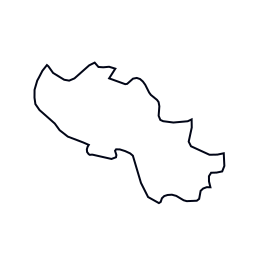 SVG path tracing the border of Lecco, rotated 302°
{"feature_id": "ITA-5453", "entity_name": "Lecco", "entity_type": "Province", "adm_level": 1, "iso_a3": "ITA", "parent_name": "Italy", "parent_adm1": "", "projection": "robinson", "projection_center": [9.388, 45.907], "detail": "fine", "context": "isolated", "style": "outline", "palette": "ink", "viewbox_px": 256, "rotation_deg": 302, "n_neighbors": 0, "source": "natural_earth", "source_scale": "10m", "svg_char_len": 1192}
<svg xmlns="http://www.w3.org/2000/svg" viewBox="0 0 256 256"><g transform="rotate(302 128 128)"><path d="M171.6,85.8L160.1,85.7L163.7,102.4L165.0,103.9L172.5,106.1L175.1,108.9L175.9,112.3L175.3,116.0L173.8,119.7L169.3,127.1L168.2,129.8L167.2,137.7L166.2,140.2L163.0,143.1L154.6,147.5L152.0,151.1L152.4,154.2L156.7,163.6L165.4,175.1L169.0,177.4L162.2,181.8L148.6,186.7L145.9,191.1L148.5,211.3L152.8,217.9L157.3,222.6L146.9,229.8L141.1,230.9L137.1,226.7L134.1,222.2L130.0,222.2L125.6,225.0L121.4,229.3L119.5,226.1L116.5,223.8L113.2,222.9L105.6,225.9L102.8,224.9L97.1,216.6L96.2,213.5L96.0,204.9L94.7,200.6L92.2,197.1L89.5,194.8L86.4,194.0L82.6,194.9L80.7,194.0L80.1,181.6L88.3,168.1L107.1,146.8L107.6,143.3L106.9,137.8L105.5,132.4L103.6,129.2L101.8,129.1L98.9,132.5L96.8,133.3L93.0,130.4L86.6,112.1L86.0,111.1L85.5,110.5L85.0,109.8L85.0,108.5L86.0,106.0L88.1,104.4L90.7,103.7L92.9,103.7L92.0,97.7L88.8,81.5L89.9,71.2L93.0,63.5L96.3,43.5L99.2,36.8L104.2,32.6L110.9,28.5L120.1,25.9L123.6,25.7L131.2,25.1L138.4,25.9L138.1,27.8L135.0,35.3L135.1,48.3L137.0,53.0L141.7,56.3L160.6,61.9L165.8,65.1L164.1,70.6L166.4,74.9L169.9,79.5L171.6,85.8Z" fill="none" stroke="#020617" stroke-width="2"/></g></svg>